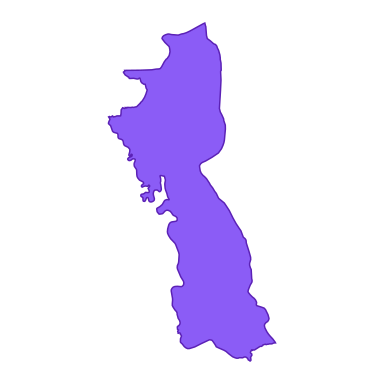 outline of Yarang, Pattani, Thailand
{"feature_id": "78962969B64545925987472", "entity_name": "Yarang", "entity_type": "district", "adm_level": 2, "iso_a3": "THA", "parent_name": "Thailand", "parent_adm1": "Pattani", "projection": "albers", "projection_center": [101.287, 6.699], "detail": "fine", "context": "isolated", "style": "filled", "palette": "violet", "viewbox_px": 384, "rotation_deg": 0, "n_neighbors": 0, "source": "geoboundaries", "source_scale": "gbopen_adm2", "svg_char_len": 6044}
<svg xmlns="http://www.w3.org/2000/svg" viewBox="0 0 384 384"><path d="M157.1,211.7L158.8,213.9L159.1,214.1L160.0,214.1L162.1,213.8L162.8,213.5L165.1,211.0L166.2,210.4L167.0,210.2L168.4,210.4L170.1,211.2L171.4,212.6L172.8,214.8L173.7,215.5L175.7,216.4L176.8,217.5L177.1,218.0L177.2,219.7L176.9,220.6L176.6,220.9L175.7,221.3L171.8,221.9L170.4,222.5L169.5,223.5L168.8,224.8L167.7,228.8L167.4,231.7L167.6,233.2L168.0,234.2L168.7,235.7L170.6,238.7L174.9,243.2L175.7,244.6L178.6,252.2L179.1,254.2L179.1,255.3L178.7,261.5L178.4,263.3L177.4,265.5L177.2,267.3L177.3,268.2L177.5,269.1L180.8,276.9L183.4,281.1L183.8,282.5L183.7,284.2L183.2,285.3L182.4,286.2L181.4,286.6L180.6,286.6L177.3,286.3L174.9,286.5L174.0,286.8L173.1,287.2L172.0,288.4L171.3,289.7L171.2,290.9L172.5,298.2L172.6,300.1L172.3,303.6L172.3,305.5L173.1,307.1L174.9,309.9L176.6,311.8L177.1,313.1L177.1,314.3L178.2,318.4L179.3,320.0L179.7,320.9L180.1,322.4L180.0,323.8L179.2,325.2L178.7,325.7L177.6,326.4L177.3,327.0L177.5,329.3L177.8,329.7L178.4,330.0L177.7,331.5L178.1,332.4L178.0,333.1L178.2,333.3L179.2,332.9L180.2,333.2L180.4,333.4L180.4,334.5L181.1,335.1L181.5,336.0L180.5,338.7L180.4,341.9L180.8,342.6L182.3,344.0L184.3,346.6L186.0,347.9L187.6,348.6L189.1,348.6L190.3,348.3L194.8,346.9L201.1,343.7L209.4,339.8L211.0,340.0L212.0,340.3L213.0,341.5L215.1,344.6L216.3,346.8L218.4,347.8L223.9,350.2L226.0,351.4L229.0,354.0L232.7,356.8L235.4,357.9L236.7,358.2L238.1,358.2L239.3,357.7L240.1,357.7L242.6,357.8L244.4,357.0L245.6,357.0L246.4,357.4L247.5,358.3L248.4,360.0L249.1,360.2L249.8,360.9L250.2,361.0L250.5,360.8L250.9,360.3L250.9,359.1L250.6,357.7L251.1,356.3L251.8,355.5L251.8,354.0L250.9,353.3L250.4,352.7L250.7,351.3L251.5,350.6L251.5,350.1L251.7,349.9L252.3,349.9L252.6,350.3L253.2,349.9L254.2,350.0L254.6,349.9L260.1,346.4L261.3,346.4L261.7,346.2L262.8,345.5L263.0,344.9L263.9,344.6L265.4,344.2L265.9,344.6L266.3,344.6L267.2,344.3L268.9,344.1L269.5,343.8L271.0,343.9L272.1,343.8L273.7,343.0L275.5,342.9L275.1,342.1L272.8,339.0L270.2,336.2L268.6,334.3L266.9,331.8L264.9,327.9L264.5,326.2L264.4,325.1L265.0,323.7L266.3,322.3L267.6,321.6L268.7,319.8L269.0,318.4L268.0,314.7L265.5,309.6L264.1,308.1L261.4,307.1L256.9,305.7L256.3,304.9L256.6,302.4L255.6,300.1L254.2,298.4L252.4,297.0L250.1,294.7L248.6,292.8L248.0,291.7L248.3,290.0L249.0,288.1L250.2,285.1L251.8,282.4L252.1,281.0L252.0,279.9L251.7,278.7L251.2,269.6L250.4,267.8L249.6,265.2L249.6,263.3L250.7,259.6L250.6,257.2L249.0,251.5L246.3,243.0L246.1,240.6L245.7,239.5L244.9,238.5L243.3,237.2L240.9,230.8L239.1,228.2L236.0,223.5L232.9,217.9L229.3,210.6L226.3,206.0L224.3,203.0L218.8,198.5L218.2,197.5L216.3,193.4L214.8,191.5L212.6,187.8L210.3,184.9L209.5,183.3L206.5,178.7L204.5,176.6L203.1,175.5L201.2,173.2L200.2,170.8L199.6,167.0L199.5,165.7L200.7,163.7L202.2,162.5L205.6,161.0L212.0,157.3L218.4,153.0L221.5,148.7L223.0,145.3L223.9,142.6L224.4,140.1L225.4,129.1L225.3,125.1L223.8,120.6L223.6,118.8L221.9,115.0L220.3,112.0L219.4,108.5L220.5,90.6L221.0,80.0L220.6,71.6L220.9,70.6L221.2,70.3L221.0,63.1L220.2,59.0L220.3,58.2L219.9,55.0L218.6,50.4L217.4,48.0L216.8,46.1L215.5,44.5L214.3,44.1L213.2,43.4L210.4,40.9L207.3,38.6L206.5,35.6L205.8,26.6L205.5,25.8L204.8,23.0L203.1,23.8L189.4,31.3L186.4,32.7L183.7,33.6L181.5,34.0L178.3,35.1L171.7,34.6L168.8,34.0L167.6,34.1L165.4,34.8L163.7,35.7L162.6,36.8L162.0,38.3L162.3,39.0L164.9,42.4L169.2,46.6L169.8,49.4L170.0,51.8L169.2,55.5L167.2,58.5L166.1,59.3L164.4,61.6L161.6,66.8L160.3,68.5L159.1,68.9L156.1,69.1L151.7,69.8L140.4,70.2L124.7,70.4L124.8,70.7L124.7,71.4L123.5,72.0L123.5,72.5L125.3,75.1L126.7,75.9L127.8,76.8L128.6,77.0L129.3,78.4L129.9,78.5L133.6,78.3L137.0,79.0L137.9,79.0L138.3,78.9L139.2,78.2L139.5,78.1L140.0,78.3L140.8,81.3L141.6,82.7L143.8,84.2L145.0,84.2L145.2,84.3L146.2,88.3L147.2,89.9L146.0,93.8L144.6,97.2L142.3,100.9L140.5,102.6L140.3,103.4L139.9,103.5L136.7,106.7L134.8,107.1L133.6,107.4L132.2,107.2L131.0,107.5L127.0,107.4L126.9,107.9L126.6,108.0L125.2,107.5L125.0,108.4L124.8,108.5L123.4,108.2L122.9,107.7L122.7,107.7L121.2,109.8L121.0,114.0L120.6,115.8L120.2,115.9L116.9,115.9L115.5,116.5L113.4,116.9L113.1,116.8L112.7,116.0L112.5,115.9L111.2,116.8L110.2,116.9L109.4,116.5L108.6,116.9L109.8,118.8L109.9,119.4L108.6,122.3L108.5,123.7L110.6,125.7L112.5,131.1L113.2,131.9L114.0,132.4L117.5,133.4L118.0,134.7L118.0,137.0L118.4,138.1L119.1,138.7L121.5,139.4L122.7,140.3L123.2,141.5L123.6,143.9L124.3,145.3L124.8,145.7L128.1,147.3L129.5,148.9L129.8,149.5L129.8,150.5L129.7,151.9L128.9,154.7L128.9,155.2L129.1,155.6L129.6,156.0L130.1,156.0L130.5,155.7L131.1,154.3L131.7,154.3L132.1,154.6L132.2,155.1L131.7,156.4L129.0,157.5L128.0,158.3L127.7,159.0L127.9,159.7L128.6,160.4L129.8,160.6L131.1,160.1L132.5,159.0L132.9,158.8L134.6,159.0L135.2,159.4L135.1,161.0L134.2,163.2L134.1,164.9L134.4,166.4L136.3,169.2L136.6,169.9L136.8,174.7L137.1,176.6L137.8,178.0L139.5,180.1L142.8,181.8L143.4,182.4L143.5,182.7L143.6,183.4L143.3,183.8L141.6,185.3L141.4,186.0L141.5,186.5L141.8,186.9L142.3,187.1L143.8,186.4L145.3,186.0L147.6,186.3L148.9,185.1L149.1,185.2L149.7,185.9L149.5,186.6L148.1,188.3L149.3,191.0L149.1,192.1L148.7,192.4L147.9,192.6L146.0,192.4L145.5,192.4L144.6,193.2L143.7,193.8L141.4,194.3L141.0,194.7L140.8,195.5L141.0,196.3L141.3,196.6L142.5,197.3L142.9,197.7L143.0,200.3L143.4,201.2L144.3,201.4L145.0,201.1L145.6,200.2L146.3,198.3L146.6,197.8L147.1,197.5L147.7,197.6L148.2,198.0L148.9,200.8L149.4,201.5L150.0,201.8L151.0,202.0L152.2,201.7L153.2,201.2L154.0,200.5L154.3,199.9L154.4,198.6L153.4,195.0L153.3,193.4L153.6,191.8L154.3,190.6L154.6,190.3L155.1,190.1L157.0,190.0L157.8,190.4L159.2,191.6L159.6,191.7L160.1,191.5L160.7,190.9L161.3,189.7L161.3,188.6L160.8,184.9L160.4,183.2L160.4,182.3L160.7,181.4L160.7,178.9L160.0,176.0L160.4,175.6L160.9,175.5L164.4,176.3L165.4,179.9L165.3,181.0L164.9,183.0L164.8,184.4L165.1,188.1L165.7,190.4L166.8,193.2L167.7,196.8L169.1,199.3L169.1,199.6L168.9,199.8L167.6,199.6L166.6,199.6L165.1,200.2L164.3,201.0L162.3,204.5L159.9,206.6L157.1,208.2L156.7,208.9L157.1,211.7Z" fill="#8b5cf6" stroke="#5b21b6" stroke-width="1.5"/></svg>